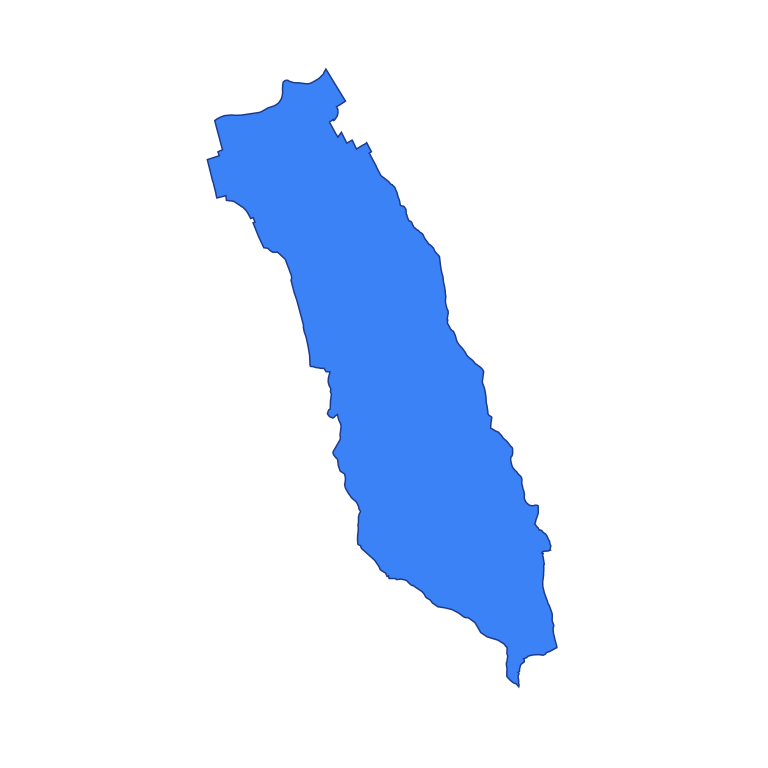 outline of Ciceu - Mihaiesti, Bistrita-Nasaud, Romania, rotated 171°
{"feature_id": "2599482B16133994523797", "entity_name": "Ciceu - Mihaiesti", "entity_type": "district", "adm_level": 2, "iso_a3": "ROU", "parent_name": "Romania", "parent_adm1": "Bistrita-Nasaud", "projection": "mercator", "projection_center": [23.946, 47.221], "detail": "fine", "context": "isolated", "style": "filled", "palette": "blue", "viewbox_px": 768, "rotation_deg": 171, "n_neighbors": 0, "source": "geoboundaries", "source_scale": "gbopen_adm2", "svg_char_len": 6120}
<svg xmlns="http://www.w3.org/2000/svg" viewBox="0 0 768 768"><g transform="rotate(171 384 384)"><path d="M392.1,704.1L394.4,701.3L395.3,699.7L399.5,696.6L401.2,695.6L406.9,693.4L408.8,692.8L411.0,692.4L413.5,692.6L421.1,694.8L424.9,695.5L426.8,696.1L430.1,697.8L431.4,698.9L432.6,699.3L434.5,699.1L436.3,698.0L437.3,695.0L438.0,691.8L438.6,687.4L439.4,684.8L440.3,682.7L440.9,681.6L442.6,679.6L444.3,678.0L446.2,677.0L448.4,676.0L455.2,674.9L462.4,672.2L464.6,671.7L483.2,671.9L488.6,672.6L492.8,673.6L499.3,674.0L501.9,673.6L505.0,672.8L507.9,671.7L510.0,670.6L506.9,640.6L511.7,639.3L511.1,635.2L523.4,633.3L521.5,611.2L521.2,610.1L520.3,599.4L520.2,596.4L520.0,593.9L510.7,594.7L510.9,590.0L504.1,588.1L495.4,580.2L492.7,576.3L491.3,572.8L489.8,568.3L487.2,568.8L486.1,564.1L488.1,563.7L484.8,549.1L481.4,537.4L477.7,536.3L475.4,533.4L473.3,531.6L470.9,531.1L468.6,531.0L462.0,522.6L458.5,505.6L458.6,503.0L459.6,501.1L458.4,488.2L457.0,480.3L454.6,457.5L454.4,455.9L454.4,454.6L454.8,452.3L454.6,448.0L453.6,442.7L453.1,434.0L453.0,423.3L453.4,421.1L453.4,420.1L454.1,414.3L453.9,412.9L451.2,412.2L448.5,410.8L446.9,410.5L444.2,409.4L440.7,408.8L439.6,405.8L439.1,405.1L435.6,404.5L435.7,403.8L437.8,399.1L438.5,396.5L438.8,394.4L438.4,390.8L437.7,389.2L437.2,387.4L438.1,385.1L438.0,383.7L437.5,382.3L439.4,376.1L440.4,371.2L440.7,369.1L441.2,367.7L442.7,367.0L444.4,363.9L444.4,363.1L443.0,360.4L439.9,358.4L438.3,359.0L437.4,359.9L434.8,361.1L434.4,356.3L434.0,354.4L433.1,351.5L433.0,348.8L435.4,340.6L435.6,336.9L436.1,335.9L445.0,324.9L445.1,323.5L444.8,321.8L443.3,319.1L442.1,317.5L441.6,316.3L441.9,310.5L440.9,304.9L437.0,301.3L436.8,297.7L437.0,295.9L437.8,292.9L438.6,291.2L438.5,288.3L438.2,286.7L436.3,281.6L434.6,278.4L434.2,277.1L432.0,274.4L430.9,273.3L429.7,271.6L429.0,269.6L428.2,266.5L428.4,264.7L427.4,262.7L427.1,261.8L429.1,258.9L430.0,256.7L430.8,251.6L431.8,248.6L431.8,246.8L432.3,243.6L433.8,238.3L434.5,234.5L434.9,230.0L434.5,229.4L432.4,227.9L432.4,226.7L431.8,224.9L420.7,211.2L417.4,204.2L416.8,201.2L415.3,199.7L412.0,197.0L411.1,193.5L410.2,193.3L409.6,193.7L409.4,191.1L403.3,190.1L402.3,188.9L397.3,188.6L393.6,187.0L392.3,186.1L391.7,185.5L391.1,184.3L389.0,181.6L387.5,180.4L386.8,180.6L384.4,178.0L382.3,176.2L379.0,173.1L377.3,170.5L376.1,167.0L374.7,165.5L372.2,163.5L370.4,160.1L365.7,155.6L358.3,153.2L352.1,150.6L346.2,146.2L341.8,141.6L340.3,140.6L337.4,140.0L331.6,134.3L329.1,128.1L327.4,123.5L321.8,118.2L311.7,113.3L306.4,108.8L305.5,107.5L304.9,106.0L303.6,104.5L304.8,98.4L304.3,96.1L306.2,90.0L306.8,89.5L307.1,86.5L307.0,84.0L308.4,76.4L308.3,75.7L306.1,72.2L304.4,70.2L302.2,68.0L300.9,67.7L299.2,65.5L298.3,63.9L297.9,64.8L297.7,66.0L297.8,68.6L297.5,68.9L297.3,71.3L297.4,72.4L297.3,74.6L296.5,75.9L296.2,76.2L296.1,76.5L296.1,77.3L296.7,78.2L295.9,78.5L295.0,79.3L294.8,81.1L293.3,84.5L292.3,85.8L288.8,87.7L288.7,90.1L289.2,90.8L285.8,91.5L284.4,92.5L283.3,92.8L279.0,93.1L274.2,92.6L271.7,92.0L269.6,91.3L268.8,91.3L267.0,91.9L265.7,93.1L265.1,93.5L263.1,93.7L261.1,94.3L258.7,95.1L256.7,96.0L254.5,96.5L254.4,97.7L255.2,105.4L255.3,107.9L255.6,110.2L255.6,111.6L255.5,112.5L255.4,115.6L254.1,118.8L254.1,119.5L254.8,122.9L254.9,124.1L254.6,126.1L254.2,127.4L253.9,130.3L253.9,131.4L255.3,138.7L255.8,140.3L256.5,142.1L256.5,143.5L258.3,152.6L258.8,159.4L258.2,163.9L257.1,167.4L256.2,170.7L255.9,172.9L255.5,174.1L254.5,180.4L254.0,180.6L253.9,181.3L253.9,187.6L254.1,190.2L253.3,191.7L254.5,192.2L254.0,193.2L253.0,193.7L252.0,193.8L248.0,193.4L245.6,193.9L245.9,194.3L245.9,194.8L244.6,197.7L244.6,198.5L245.0,199.5L245.1,202.8L246.1,205.4L246.7,208.0L247.9,210.6L248.9,211.4L249.8,212.5L250.5,213.1L251.2,214.7L252.7,215.4L253.5,215.4L254.4,218.1L255.0,218.7L255.6,219.6L256.9,222.3L255.6,224.7L255.4,225.6L253.4,229.2L251.8,232.5L250.8,239.3L250.9,239.7L252.1,240.4L254.1,240.7L255.1,240.4L256.8,240.6L258.4,241.1L259.7,241.9L261.3,243.7L262.3,245.3L263.0,247.5L263.3,248.8L263.0,250.9L262.6,252.6L262.6,254.0L262.6,255.8L263.2,259.1L263.2,261.8L263.5,263.3L263.3,265.4L262.8,267.6L262.7,268.6L262.8,269.5L263.0,270.5L263.6,271.6L265.7,274.4L266.6,276.4L268.2,278.4L269.7,280.9L270.3,282.9L270.5,284.3L270.8,287.7L270.7,289.7L270.3,291.4L269.4,292.6L268.8,292.9L268.0,294.5L267.6,296.3L267.3,298.9L267.1,300.2L267.2,300.8L267.6,301.5L268.6,302.7L270.9,307.0L272.7,309.6L273.2,309.9L274.9,312.3L276.1,314.9L278.2,318.0L278.6,318.6L279.8,319.3L280.2,319.7L280.9,319.8L282.6,321.5L285.6,323.8L284.5,328.6L282.8,334.0L283.1,334.9L284.8,336.3L285.6,337.2L286.0,338.8L285.8,339.8L285.7,345.9L285.9,349.7L285.3,355.0L285.3,361.3L285.6,365.2L286.5,368.8L286.5,371.0L283.8,380.1L283.7,380.7L283.8,381.6L284.8,383.6L285.7,385.0L290.7,390.0L292.6,393.3L296.0,397.0L297.8,399.6L298.7,402.4L300.2,405.4L301.1,407.1L303.6,410.8L304.9,413.5L305.4,415.5L306.0,420.8L307.0,424.6L307.3,425.2L308.4,426.1L309.5,427.7L309.9,428.5L310.2,429.8L311.9,434.3L311.0,437.2L311.6,437.4L310.4,441.5L309.5,443.8L309.3,446.6L309.9,447.8L310.5,453.4L310.4,456.2L309.2,461.1L309.3,462.0L309.0,466.9L309.0,471.8L309.2,473.6L309.3,475.6L309.0,480.7L309.5,484.7L309.7,488.7L309.6,493.3L309.3,501.3L312.7,506.5L313.3,507.9L313.8,510.4L314.3,511.0L315.2,512.4L316.7,514.3L317.3,514.9L317.8,514.8L318.5,516.6L321.1,521.6L322.1,525.4L323.2,527.1L324.6,528.1L325.4,529.1L326.0,530.3L327.6,531.3L328.6,532.9L329.6,533.6L330.1,534.6L330.5,536.1L331.1,537.6L331.1,538.6L331.7,539.9L332.9,541.0L333.8,541.3L334.1,541.9L334.5,544.1L335.0,545.8L334.9,547.3L335.5,548.4L335.2,550.5L335.0,553.0L336.3,556.0L337.4,556.8L338.8,557.0L339.9,558.2L340.0,562.6L341.0,568.0L341.2,571.2L341.9,573.3L342.6,576.6L344.4,578.9L344.6,579.5L346.0,580.3L346.6,581.0L347.7,583.2L354.5,590.4L357.6,599.8L357.6,600.4L362.5,614.4L360.1,615.4L363.4,625.1L364.7,624.2L368.2,623.0L374.4,620.4L377.3,629.9L382.8,627.8L383.1,627.8L386.7,639.3L390.9,635.1L392.6,639.1L396.3,649.5L396.9,650.4L396.2,651.7L394.1,652.4L392.8,653.3L392.4,652.1L391.6,652.5L390.5,653.5L388.5,655.8L387.9,656.8L387.1,658.9L386.6,662.3L387.5,665.3L384.0,666.6L377.8,669.4L392.1,704.1Z" fill="#3b82f6" stroke="#1e3a8a" stroke-width="1.5"/></g></svg>